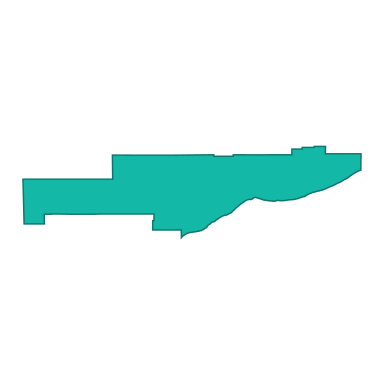 Dundas, Western Australia, Australia
{"feature_id": "25037944B97036074912579", "entity_name": "Dundas", "entity_type": "district", "adm_level": 2, "iso_a3": "AUS", "parent_name": "Australia", "parent_adm1": "Western Australia", "projection": "equal_earth", "projection_center": [126.268, -32.126], "detail": "fine", "context": "isolated", "style": "filled", "palette": "teal", "viewbox_px": 384, "rotation_deg": 0, "n_neighbors": 0, "source": "geoboundaries", "source_scale": "gbopen_adm2", "svg_char_len": 5627}
<svg xmlns="http://www.w3.org/2000/svg" viewBox="0 0 384 384"><path d="M361.0,153.8L325.4,153.8L325.5,146.4L314.2,146.4L314.2,147.4L302.2,147.4L302.2,149.1L291.9,149.1L291.9,154.8L278.8,154.8L256.9,154.9L233.2,154.8L233.2,156.3L213.8,156.3L213.8,154.8L192.2,155.0L173.0,155.2L135.3,155.2L112.4,155.1L112.7,179.2L68.5,179.2L42.4,179.2L23.0,179.2L24.1,223.9L44.4,223.9L44.2,214.2L51.8,214.2L52.2,214.0L61.0,214.0L72.6,214.2L89.3,214.2L94.7,214.2L98.4,214.0L154.0,214.0L154.0,220.6L152.7,220.6L152.8,230.0L181.3,230.0L181.4,237.6L182.3,236.5L183.2,235.7L183.4,235.6L184.8,234.7L186.6,233.6L186.9,233.5L188.0,233.1L189.7,232.6L190.4,232.4L191.9,232.2L192.2,232.2L192.9,232.1L193.3,232.0L193.7,232.0L194.7,231.8L195.1,231.8L195.6,231.7L196.4,231.6L198.3,231.2L199.1,231.1L199.9,230.8L201.0,230.6L201.3,230.6L201.9,230.2L202.4,229.9L202.7,229.7L203.1,229.6L204.0,229.2L204.5,228.8L204.8,228.4L205.2,228.2L205.4,228.0L206.1,227.8L206.7,227.3L206.9,227.1L207.2,226.4L207.3,226.3L208.0,225.4L208.2,225.2L208.3,225.1L208.5,224.9L208.9,224.7L209.1,224.4L209.8,224.0L210.1,224.0L210.4,223.8L210.6,223.6L210.9,223.3L211.2,222.7L211.3,222.5L211.6,222.1L211.8,222.1L212.0,222.1L212.6,222.0L213.2,221.8L213.9,221.7L214.5,221.5L214.6,221.3L214.8,221.2L215.1,221.0L215.2,220.8L215.5,220.6L215.7,220.3L216.2,220.0L216.8,219.7L217.2,219.3L217.4,219.3L217.7,219.0L218.1,218.9L218.4,218.6L218.7,218.3L219.0,218.1L219.2,217.9L219.5,217.7L220.1,217.5L220.2,217.3L220.5,217.2L221.0,217.0L221.6,216.5L222.4,216.1L222.8,216.0L223.4,215.7L223.6,215.7L223.9,215.5L224.2,215.5L224.5,215.3L225.2,215.2L226.3,215.1L226.8,214.9L227.0,214.9L227.5,214.5L228.3,214.2L228.5,213.9L228.7,213.7L229.7,213.5L229.9,213.4L230.5,213.2L230.7,212.9L230.8,212.8L231.2,212.7L231.6,212.4L231.8,212.3L232.3,211.5L232.9,211.0L233.0,210.8L233.3,210.6L233.6,210.3L234.0,210.0L234.1,209.9L234.4,209.8L234.7,209.5L235.0,209.0L235.4,208.7L235.6,208.3L236.0,208.0L236.8,207.4L237.2,206.9L237.6,206.7L237.8,206.4L238.1,206.2L238.4,205.9L238.7,205.8L239.0,205.5L239.4,205.3L239.8,204.7L240.4,204.3L240.6,204.1L241.0,203.9L241.1,203.7L241.3,203.5L241.6,203.4L241.9,203.1L242.1,203.1L242.7,202.8L243.2,202.6L243.4,202.3L244.2,201.6L244.5,201.5L244.7,201.4L245.0,201.2L245.2,200.9L245.7,200.7L246.2,200.3L246.6,200.1L246.9,200.0L247.2,199.9L247.6,199.8L248.2,199.6L248.4,199.6L248.9,199.5L249.2,199.4L249.4,199.2L250.2,199.4L250.5,199.6L250.8,199.6L251.0,199.5L251.4,199.4L252.3,199.0L252.7,198.6L252.9,198.5L253.2,198.2L253.4,198.1L253.8,197.8L254.0,197.7L254.4,197.5L255.6,197.4L255.9,197.4L256.6,197.6L256.8,197.7L257.0,197.9L257.6,198.1L257.9,198.1L258.4,198.3L259.7,198.6L260.4,198.9L260.9,198.9L261.4,199.2L262.3,199.5L262.6,199.6L263.0,199.8L263.8,200.0L264.2,200.1L264.5,200.0L265.1,200.2L265.4,200.2L266.1,200.3L268.6,200.7L269.4,200.8L269.7,200.9L270.4,200.8L271.0,201.0L272.2,201.0L272.3,201.1L272.5,201.1L273.2,201.2L273.9,201.2L274.1,201.1L274.5,201.1L274.8,201.1L275.0,201.1L275.5,201.1L276.2,200.8L276.3,200.7L276.6,200.5L277.0,200.4L278.0,200.4L278.2,200.5L278.6,200.5L279.7,200.6L279.8,200.7L280.1,200.7L280.3,200.6L280.6,200.6L281.5,200.7L282.0,200.7L283.2,200.7L283.6,200.6L283.8,200.7L284.0,200.6L284.3,200.6L285.3,200.4L286.0,200.3L286.8,200.2L287.1,200.2L287.6,200.0L287.8,200.0L288.1,199.9L288.7,199.9L288.8,199.8L289.5,199.9L289.9,199.8L290.1,199.8L290.4,199.7L291.6,199.7L291.8,199.6L292.2,199.6L292.3,199.6L292.5,199.6L292.9,199.6L293.1,199.6L293.5,199.6L293.9,199.5L294.0,199.5L294.2,199.4L294.4,199.3L295.3,199.1L295.6,199.1L295.8,199.0L296.3,198.9L296.5,198.9L297.7,198.6L298.1,198.5L298.4,198.2L298.5,198.2L299.4,197.9L299.5,197.9L299.8,197.7L300.4,197.5L300.5,197.6L301.0,197.5L301.7,197.2L302.0,197.1L302.4,196.9L302.9,196.9L303.0,196.8L303.6,196.6L303.8,196.6L304.2,196.5L304.5,196.5L304.9,196.5L305.3,196.2L305.4,195.9L305.7,195.8L305.8,195.6L306.1,195.3L306.9,195.0L307.4,194.6L307.7,194.5L307.8,194.4L308.3,194.3L308.7,194.2L308.9,194.0L309.4,193.7L311.4,193.0L312.0,192.6L312.4,192.6L313.1,192.3L313.5,192.2L313.6,192.3L313.7,192.2L313.9,192.2L314.2,192.1L314.3,192.0L314.7,191.9L314.9,191.8L315.1,191.7L315.4,191.8L315.9,191.6L316.7,191.4L317.1,191.3L317.4,191.2L317.6,191.1L318.0,191.0L318.3,191.0L318.5,190.9L319.4,190.9L319.5,190.8L319.9,190.6L320.2,190.6L320.4,190.4L320.8,190.3L321.8,190.1L322.2,190.0L322.3,189.9L322.9,189.8L323.0,189.7L323.4,189.6L323.7,189.5L323.9,189.5L324.3,189.3L324.5,189.2L325.1,189.0L325.5,188.7L325.8,188.6L326.3,188.5L326.8,188.1L327.5,187.8L328.2,187.6L328.5,187.3L329.0,187.2L329.7,186.9L329.9,186.8L330.1,186.7L330.3,186.6L330.8,186.4L331.0,186.4L331.5,186.1L331.9,186.0L332.2,185.9L332.3,185.9L332.5,185.7L333.2,185.4L333.6,185.4L333.8,185.1L334.1,185.0L334.4,184.8L334.8,184.8L335.0,184.7L335.3,184.5L335.6,184.3L336.6,183.7L337.0,183.5L337.6,183.2L337.9,183.0L338.1,183.0L338.5,182.7L338.9,182.7L339.3,182.5L339.5,182.4L339.8,182.2L340.2,182.1L340.6,181.8L340.7,181.7L341.0,181.6L341.3,181.6L341.6,181.4L341.7,181.2L341.9,181.0L342.1,180.9L342.7,180.6L342.9,180.6L343.0,180.4L343.3,180.1L343.5,179.9L343.8,179.7L344.0,179.7L344.5,179.5L345.2,179.4L345.3,179.3L345.4,179.0L345.5,179.0L345.8,178.9L346.0,178.8L346.4,178.6L346.7,178.5L346.9,178.5L347.0,178.4L347.5,178.1L347.8,177.9L347.9,177.6L348.2,177.3L348.4,177.3L348.7,177.1L349.2,176.6L349.4,176.6L349.6,176.3L350.0,176.1L350.9,175.5L351.2,175.3L351.5,175.2L352.2,174.5L352.8,174.3L352.9,174.1L353.3,173.7L353.9,173.5L354.2,173.2L354.8,172.9L355.1,172.8L355.5,172.6L355.9,172.2L356.8,171.7L357.2,171.6L357.4,171.4L357.8,171.3L358.1,171.2L358.8,170.9L358.9,170.7L359.3,170.5L360.8,170.2L361.0,153.8Z" fill="#14b8a6" stroke="#0f766e" stroke-width="1.5"/></svg>